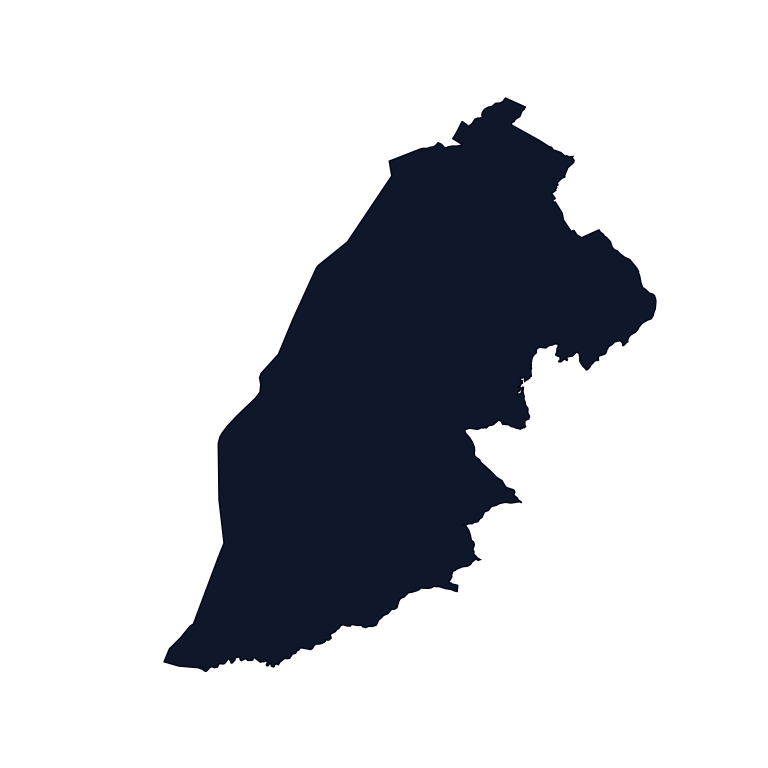 outline of Budesti, Vâlcea, Romania, rotated 345°
{"feature_id": "2599482B58071086432896", "entity_name": "Budesti", "entity_type": "district", "adm_level": 2, "iso_a3": "ROU", "parent_name": "Romania", "parent_adm1": "Vâlcea", "projection": "albers", "projection_center": [24.395, 45.044], "detail": "fine", "context": "isolated", "style": "filled", "palette": "ink", "viewbox_px": 768, "rotation_deg": 345, "n_neighbors": 0, "source": "geoboundaries", "source_scale": "gbopen_adm2", "svg_char_len": 6170}
<svg xmlns="http://www.w3.org/2000/svg" viewBox="0 0 768 768"><g transform="rotate(345 384 384)"><path d="M310.3,615.2L314.2,614.8L318.0,610.3L321.1,609.1L323.5,607.4L328.3,606.8L332.9,603.6L336.0,604.2L338.5,603.4L342.3,597.4L343.2,596.4L344.8,595.3L348.4,594.9L353.5,591.9L357.8,592.3L362.5,592.1L364.8,591.7L366.8,590.5L373.7,592.8L376.8,593.1L379.6,592.3L385.3,594.2L390.6,597.6L393.2,598.6L393.8,599.2L394.9,599.2L398.5,602.1L401.0,603.3L403.1,597.6L397.4,594.5L397.6,594.0L396.5,593.3L395.2,591.6L397.1,590.5L399.7,587.6L399.9,585.8L402.2,582.6L405.0,582.3L405.6,581.7L412.2,580.8L417.6,581.5L419.9,581.0L421.8,580.0L422.2,579.1L427.8,576.6L428.8,578.3L429.5,578.7L431.5,578.5L429.0,576.1L428.3,574.3L426.8,571.7L426.7,571.0L427.5,569.4L427.0,566.6L429.5,563.0L429.7,561.1L429.6,559.8L427.9,557.5L428.2,553.0L428.0,547.1L426.4,542.8L424.8,541.1L426.1,541.5L429.3,540.8L433.0,541.7L435.5,541.0L438.9,541.3L441.9,538.8L444.0,538.3L448.3,533.0L449.0,533.4L452.1,533.1L455.5,530.4L457.6,529.6L457.3,530.1L461.0,530.2L464.9,529.3L470.5,529.6L475.8,531.8L484.6,532.8L486.2,534.4L485.8,533.1L483.9,531.2L482.9,528.1L480.7,525.3L481.0,524.3L482.3,522.4L482.2,520.6L481.4,519.5L476.0,516.1L474.8,514.6L472.8,507.7L468.7,503.5L464.7,496.3L457.0,484.4L456.8,482.3L456.5,481.7L453.4,477.8L453.0,476.4L453.0,474.8L454.2,471.8L454.9,468.7L454.3,463.2L452.7,457.9L450.3,453.1L449.9,450.6L450.3,449.0L455.4,448.8L462.6,452.0L467.2,451.4L468.3,452.1L470.2,452.2L471.3,452.9L474.7,451.2L477.7,451.7L479.6,451.3L485.3,448.5L487.5,450.1L488.2,453.5L494.0,455.6L495.8,458.0L498.1,459.0L499.7,460.4L504.3,463.0L505.3,461.8L506.4,462.5L507.2,461.7L508.0,462.5L509.7,461.8L509.4,460.8L509.8,458.3L510.7,456.1L512.6,455.3L514.7,455.3L516.2,452.8L515.4,449.1L516.7,444.8L515.2,441.0L515.6,437.9L515.2,434.9L516.2,432.1L516.1,427.7L517.8,423.3L517.1,423.1L516.1,425.2L515.0,426.5L514.7,427.4L515.1,429.2L514.7,428.6L513.6,428.4L512.3,428.7L511.4,429.5L511.0,429.0L510.5,426.4L512.9,425.8L515.5,423.5L514.9,422.5L513.0,422.3L513.4,421.2L515.6,420.6L516.3,419.3L517.8,419.1L518.3,416.7L516.9,415.6L517.4,413.0L518.0,413.0L518.9,414.0L520.5,414.0L522.2,414.9L521.5,415.3L520.6,416.7L520.7,417.9L522.3,416.9L524.0,417.0L524.9,416.2L526.2,416.0L526.3,415.5L527.2,414.7L528.3,414.5L529.2,409.2L529.8,408.4L529.4,407.6L530.4,407.0L530.1,406.7L530.6,406.1L530.4,405.3L531.1,404.2L531.3,402.6L533.4,397.8L535.6,395.2L539.3,393.1L539.9,390.7L541.1,389.3L543.8,388.7L549.6,391.0L553.5,389.5L556.6,389.9L559.7,389.4L562.0,390.5L562.4,391.3L562.3,392.4L560.2,394.8L559.2,397.8L557.4,400.3L557.8,401.0L560.6,403.1L561.0,404.0L560.7,405.8L558.6,407.4L558.9,408.0L560.8,408.3L564.2,406.6L565.3,407.0L566.5,408.5L567.0,408.6L567.4,408.1L567.3,405.6L567.7,405.2L573.3,405.7L577.9,403.1L578.6,403.2L579.9,404.4L580.4,405.4L579.9,409.6L579.1,411.8L579.3,413.9L580.8,418.5L582.6,421.3L582.9,422.6L584.1,422.8L587.1,421.0L589.2,418.9L593.3,416.5L594.7,416.1L597.3,416.5L597.8,413.8L598.8,412.5L604.2,412.3L605.9,411.8L607.6,409.8L607.7,408.7L609.2,407.8L610.3,406.2L614.6,404.8L617.6,403.0L623.1,403.2L625.0,405.8L624.7,408.7L625.7,408.7L628.8,406.8L630.6,406.1L630.5,404.8L632.7,401.9L635.1,400.4L640.6,398.9L643.8,396.5L644.8,395.1L649.1,392.1L654.8,390.5L659.1,390.1L662.1,387.0L663.1,384.8L665.3,381.9L667.9,374.9L668.3,372.4L668.1,368.6L666.9,366.8L663.8,365.0L661.5,361.0L658.7,357.6L658.4,352.6L658.9,345.8L658.6,341.6L659.0,341.3L658.0,337.2L653.6,327.6L648.8,323.4L645.0,318.3L643.8,315.7L642.0,314.6L640.6,312.9L639.8,310.8L639.5,305.2L636.7,299.8L635.1,298.3L634.5,296.0L632.4,293.5L631.5,290.8L612.6,293.9L608.8,289.7L607.3,285.1L606.8,284.7L604.4,285.2L603.8,284.7L603.8,283.8L599.8,272.2L600.3,265.1L596.5,252.4L594.8,252.8L594.4,250.0L597.3,249.2L597.1,248.1L595.3,243.7L595.7,243.1L600.1,241.4L600.0,240.1L601.6,239.0L601.8,237.1L603.6,236.6L603.4,234.3L609.0,231.3L611.1,230.9L611.9,231.1L612.3,230.7L612.2,229.7L617.5,222.6L624.6,219.0L625.5,217.1L624.3,214.2L625.3,213.2L621.4,212.5L619.9,211.1L618.2,210.8L616.8,209.5L614.8,206.3L609.8,202.7L608.4,202.3L607.0,198.7L604.9,197.5L597.6,189.5L574.1,166.7L574.8,165.0L575.5,164.4L577.5,164.2L579.2,162.4L584.5,160.7L587.9,156.1L590.4,154.9L592.2,153.0L575.3,139.3L572.1,141.8L569.0,142.7L564.4,141.8L560.3,143.9L556.4,143.6L552.9,144.5L550.7,145.8L549.0,147.7L548.4,148.9L548.0,151.6L545.7,152.1L543.0,151.4L540.3,151.9L536.7,155.1L533.7,156.5L533.0,157.7L527.7,150.9L527.2,150.9L519.0,160.0L514.0,164.8L520.9,172.1L521.4,173.1L520.9,173.3L517.3,173.3L510.9,171.8L506.9,171.6L506.0,172.1L503.9,171.3L503.1,170.8L502.4,168.8L501.0,166.8L498.6,165.0L496.4,166.6L493.5,167.8L489.4,167.3L486.9,167.7L482.6,166.5L480.6,166.4L446.8,170.1L445.4,185.0L385.5,237.3L351.0,252.6L348.3,254.9L312.9,297.8L289.8,327.9L268.0,342.0L265.5,345.7L264.8,352.8L262.1,359.8L255.9,364.6L233.7,376.8L221.5,384.4L215.0,389.5L211.7,392.9L208.5,398.7L194.7,453.1L188.3,496.3L179.6,507.9L137.7,566.6L134.2,567.6L121.8,576.5L108.2,584.3L99.7,595.4L112.8,603.3L131.1,609.9L135.1,612.7L136.3,614.6L137.6,615.4L138.6,615.2L142.5,612.6L144.9,612.6L147.0,614.1L149.9,614.3L151.8,611.7L154.2,611.9L156.1,612.8L157.8,612.7L162.3,609.2L163.0,609.3L163.7,610.2L164.2,613.9L165.3,614.1L168.6,612.0L169.1,610.5L169.6,610.0L173.1,610.0L173.9,610.7L173.9,613.5L174.6,614.3L178.6,613.4L179.4,613.6L180.8,615.7L184.9,616.7L185.8,616.5L186.7,615.1L187.7,614.7L188.5,615.2L192.6,620.7L194.4,620.6L196.0,621.2L198.1,620.8L199.0,621.3L199.4,622.1L199.3,622.8L197.6,624.9L197.9,625.8L199.1,626.1L200.9,624.7L202.1,624.8L202.6,625.2L202.2,626.4L202.3,627.4L204.1,628.7L204.8,628.3L205.7,626.8L206.5,626.6L207.7,626.6L209.3,627.8L211.4,625.7L216.9,623.3L219.8,624.3L221.8,624.5L225.6,621.1L228.7,621.2L230.2,620.0L230.8,618.9L232.7,619.0L234.2,617.4L235.9,617.4L244.5,621.5L246.3,620.9L249.1,618.3L251.3,617.6L253.5,618.3L256.0,618.5L259.3,618.0L260.7,617.3L261.9,616.0L263.6,616.9L264.8,617.0L267.2,615.7L267.1,612.8L267.7,611.7L273.0,610.5L275.2,608.6L276.3,608.7L277.6,608.0L279.8,605.9L282.4,606.0L285.8,608.2L288.7,609.1L289.7,608.1L291.1,608.1L296.3,610.5L299.8,611.1L300.8,613.2L302.1,613.7L303.0,614.5L306.7,614.1L310.3,615.2Z" fill="#0f172a" stroke="#020617" stroke-width="1.5"/></g></svg>